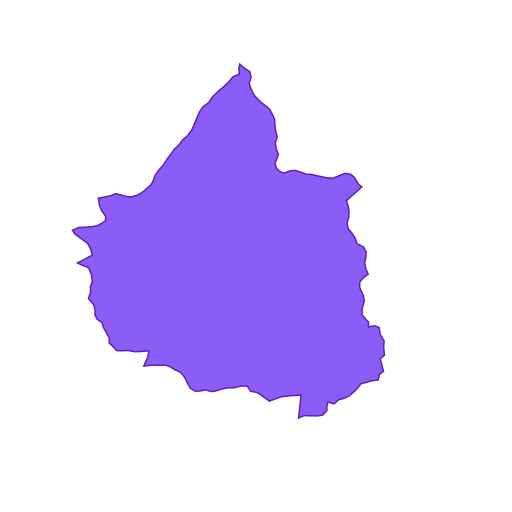 Bocaina, São Paulo, Brazil (Albers equal-area conic projection), rotated 32°
{"feature_id": "56859067B85307628604118", "entity_name": "Bocaina", "entity_type": "district", "adm_level": 2, "iso_a3": "BRA", "parent_name": "Brazil", "parent_adm1": "São Paulo", "projection": "albers", "projection_center": [-48.534, -22.093], "detail": "fine", "context": "isolated", "style": "filled", "palette": "violet", "viewbox_px": 512, "rotation_deg": 32, "n_neighbors": 0, "source": "geoboundaries", "source_scale": "gbopen_adm2", "svg_char_len": 2527}
<svg xmlns="http://www.w3.org/2000/svg" viewBox="0 0 512 512"><g transform="rotate(32 256 256)"><path d="M108.2,356.5L113.8,355.8L120.4,354.7L126.5,359.2L130.8,364.5L131.7,369.5L134.7,373.9L136.5,380.9L144.3,383.5L148.3,387.1L150.6,391.3L155.1,393.9L160.5,394.0L164.8,397.6L170.1,400.6L175.1,403.3L177.5,407.5L183.7,408.8L187.9,410.1L192.8,407.2L197.8,403.8L203.2,401.8L207.6,399.0L215.4,393.2L217.7,398.7L219.2,408.8L225.0,404.1L232.8,399.4L237.2,396.4L242.3,395.4L247.0,395.5L253.8,394.6L259.9,396.7L264.3,399.6L270.1,402.9L275.9,402.9L279.6,400.6L284.0,396.4L290.1,394.5L293.3,391.9L296.9,387.5L301.1,383.4L307.5,379.1L312.6,373.8L317.7,370.9L323.1,373.6L328.5,371.4L332.5,371.1L344.3,372.0L348.1,367.0L351.6,362.4L358.9,356.5L367.9,350.1L378.0,370.9L381.5,365.8L388.2,361.8L393.1,358.8L396.9,355.6L398.0,349.6L395.8,346.0L394.3,341.7L400.5,340.1L402.4,333.9L405.7,330.5L409.2,325.2L410.7,320.2L411.9,315.9L412.6,308.9L415.5,305.8L420.0,300.7L425.3,296.4L423.4,290.9L425.3,286.3L420.0,281.3L415.8,277.4L417.5,272.0L412.6,265.7L409.6,260.1L402.7,256.6L398.4,251.4L393.5,252.3L388.9,256.6L386.4,252.3L382.5,251.5L377.1,249.6L373.9,244.5L371.8,236.9L367.5,232.2L363.7,229.9L360.5,227.6L357.8,223.0L358.6,217.5L360.8,212.0L355.9,208.6L351.8,204.2L349.5,198.2L347.2,194.2L342.3,191.4L335.1,191.9L330.5,188.2L325.1,185.7L319.7,183.9L315.9,180.2L314.0,173.8L311.2,168.7L307.5,164.6L303.3,161.3L309.1,141.3L304.6,140.7L297.2,137.0L292.8,136.6L287.6,138.8L280.0,149.3L274.3,152.3L266.7,155.1L259.3,157.6L255.7,159.9L249.6,161.2L244.0,162.6L240.1,165.5L235.5,171.2L231.5,171.8L227.0,170.8L222.8,167.1L222.2,162.6L221.1,158.0L216.0,154.1L212.2,149.4L211.2,144.1L206.7,139.8L202.6,134.9L199.5,130.4L194.6,127.1L190.2,124.5L185.5,123.6L180.6,123.3L176.0,122.4L169.2,120.6L163.5,117.1L158.8,113.4L157.1,107.0L153.1,103.0L146.9,102.9L140.5,101.9L142.0,105.9L145.4,110.5L141.4,116.6L140.6,122.9L139.1,128.8L137.6,133.3L136.3,137.8L134.7,144.3L134.6,150.8L131.9,157.8L131.7,163.6L133.1,172.7L134.0,177.5L134.7,183.4L134.3,189.8L132.3,196.0L131.7,203.3L130.2,208.6L130.0,212.9L129.2,221.6L129.2,228.0L128.0,235.3L127.7,241.0L129.0,247.0L129.2,251.3L127.9,255.4L126.8,259.6L125.2,263.5L122.9,267.6L118.8,272.1L114.5,274.2L109.2,275.8L104.0,277.5L101.0,281.7L91.7,290.6L96.4,295.9L100.8,299.2L107.4,302.0L109.7,306.0L107.4,310.8L105.1,314.7L100.4,318.8L94.3,323.2L90.5,325.8L86.7,331.4L90.3,333.2L97.5,333.9L106.4,334.4L112.3,337.9L116.8,341.9L113.8,346.9L111.3,351.5L108.2,356.5Z" fill="#8b5cf6" stroke="#5b21b6" stroke-width="1.5"/></g></svg>